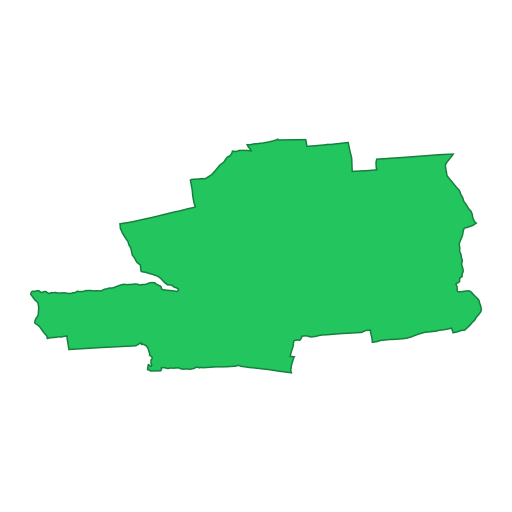 Tanasoaia, Vrancea, Romania
{"feature_id": "2599482B41706527449464", "entity_name": "Tanasoaia", "entity_type": "district", "adm_level": 2, "iso_a3": "ROU", "parent_name": "Romania", "parent_adm1": "Vrancea", "projection": "equal_earth", "projection_center": [27.348, 46.108], "detail": "fine", "context": "isolated", "style": "filled", "palette": "green", "viewbox_px": 512, "rotation_deg": 0, "n_neighbors": 0, "source": "geoboundaries", "source_scale": "gbopen_adm2", "svg_char_len": 6044}
<svg xmlns="http://www.w3.org/2000/svg" viewBox="0 0 512 512"><path d="M464.3,330.3L465.2,329.7L469.9,325.3L472.4,322.3L474.1,320.8L475.4,319.1L476.1,317.5L478.0,315.4L480.6,312.1L481.0,311.0L481.3,309.8L481.3,309.0L481.0,307.6L480.8,307.0L480.6,305.5L479.6,303.1L479.3,301.2L478.7,300.0L477.8,298.9L473.8,294.9L471.2,292.1L470.7,291.6L469.5,291.0L467.6,290.8L461.6,291.7L458.5,291.8L457.9,291.6L457.5,291.4L457.3,290.9L457.0,286.5L456.0,284.4L456.0,284.1L456.5,283.5L458.5,282.5L459.5,281.7L459.7,280.8L459.6,279.9L460.0,277.7L461.3,277.1L462.1,276.5L462.1,274.6L462.4,273.4L463.1,271.7L463.2,270.5L462.8,268.3L461.9,265.5L461.6,264.1L461.7,263.2L462.1,262.2L462.3,261.2L462.2,259.7L461.5,258.1L461.2,256.4L461.0,254.6L460.3,252.9L459.8,251.9L459.6,251.2L459.8,247.9L459.2,244.4L459.3,243.7L459.4,243.1L459.9,241.8L462.3,235.9L462.9,233.4L463.1,231.6L464.1,228.4L464.4,228.1L467.6,227.3L472.1,225.7L474.1,224.7L475.6,223.5L476.2,223.1L475.6,222.8L474.9,221.9L474.1,220.8L473.0,218.3L472.6,217.0L472.3,214.6L471.9,213.4L470.9,211.1L469.1,209.2L468.1,207.8L466.2,204.6L463.8,201.4L463.4,200.2L462.6,197.4L461.8,196.0L460.9,194.7L459.9,191.6L459.2,190.2L456.2,187.0L453.1,183.2L447.3,176.1L447.0,175.5L446.8,174.8L446.5,172.3L446.1,170.7L445.5,166.7L445.4,165.7L445.5,164.7L445.8,164.1L447.0,162.1L451.4,156.6L453.2,154.1L440.5,154.6L405.0,157.3L376.7,159.2L376.0,162.3L376.3,168.1L376.9,169.8L368.0,170.6L352.2,171.4L351.7,158.2L349.7,150.0L348.2,142.5L330.5,144.5L327.2,144.4L326.3,144.7L323.8,145.0L306.9,146.4L305.9,140.2L305.6,139.6L278.2,140.0L277.8,139.2L277.1,139.6L273.0,141.0L270.9,141.4L268.3,142.1L267.0,142.3L264.3,142.7L263.0,143.2L260.7,143.2L257.5,143.7L254.9,143.8L252.3,144.2L250.7,144.7L247.2,144.7L247.8,145.8L248.0,146.5L249.9,148.8L251.1,150.8L246.8,150.4L240.3,150.4L239.8,150.3L237.9,151.0L235.7,151.5L234.6,151.5L233.4,151.1L232.4,151.2L232.0,152.8L231.3,154.1L230.0,155.9L229.4,156.2L228.6,156.3L228.1,156.5L226.8,157.7L225.3,159.7L224.9,160.7L224.0,161.8L223.1,162.7L219.8,165.1L216.1,169.7L212.2,174.1L211.2,175.0L207.6,177.2L206.3,178.2L205.2,178.7L201.4,178.6L197.9,179.1L191.8,179.4L191.4,179.5L190.4,180.1L191.6,186.7L192.1,189.1L192.8,196.3L193.4,199.7L194.2,203.6L194.8,205.2L195.1,205.6L195.5,206.6L195.3,206.9L192.7,207.7L187.7,208.8L177.9,211.4L176.7,211.4L151.9,217.5L143.9,219.2L133.8,221.5L127.5,222.7L124.7,223.0L119.9,223.9L120.1,224.7L120.3,228.0L120.6,229.1L121.3,230.3L121.9,232.0L123.6,235.1L126.2,239.1L127.2,240.5L127.6,241.0L128.0,241.7L129.1,245.4L129.5,245.8L130.1,246.7L131.0,248.9L132.3,255.0L134.9,258.5L135.5,259.9L136.7,262.0L137.3,262.7L140.2,264.9L140.4,265.2L140.9,270.4L141.0,271.0L141.2,271.3L142.1,271.8L145.4,272.2L149.7,273.7L150.7,273.8L152.2,274.2L155.9,275.6L156.9,275.9L158.5,276.7L160.7,278.4L164.8,282.7L167.3,284.7L167.7,284.9L168.3,284.9L170.7,284.9L171.6,285.2L172.5,285.6L173.1,286.4L174.3,287.1L177.5,288.3L178.5,289.4L178.6,289.7L177.6,291.1L177.2,291.5L173.6,290.9L163.8,289.9L162.1,289.4L161.7,289.0L161.3,288.0L161.0,286.5L160.4,286.1L156.6,284.3L155.5,283.5L154.9,282.8L152.0,282.6L151.0,282.6L149.2,283.0L145.5,284.4L141.9,284.6L140.3,285.0L139.5,285.0L138.1,284.3L135.3,284.0L134.3,284.0L131.4,284.5L130.0,284.4L126.9,284.7L124.4,284.3L123.5,284.3L119.7,285.3L113.8,287.6L112.2,288.0L108.7,288.1L107.1,288.9L104.9,289.1L103.1,289.8L102.0,290.5L101.8,290.8L100.2,290.9L97.4,290.7L94.3,290.9L90.4,290.5L85.9,290.6L85.3,290.7L83.6,291.4L82.7,291.5L79.3,291.6L77.7,291.2L76.8,291.5L75.5,292.4L74.0,292.8L72.8,292.7L71.7,293.3L71.2,293.4L69.1,293.5L64.1,292.8L58.3,293.1L56.3,292.7L55.1,292.4L53.6,292.8L52.2,292.6L50.6,292.8L50.0,293.3L49.3,293.6L47.3,292.6L45.7,291.5L44.3,291.6L43.0,292.0L41.7,292.6L41.0,292.3L39.7,291.5L39.0,290.8L38.1,290.6L37.3,290.8L36.0,290.9L34.6,291.5L33.1,291.2L32.1,291.5L31.4,292.1L30.7,294.3L35.3,300.4L37.3,302.0L37.9,302.7L38.7,307.2L38.7,307.9L38.4,311.9L38.4,313.1L38.3,314.1L37.6,316.3L35.9,318.6L35.5,319.4L35.0,320.8L34.8,322.3L34.8,322.8L35.0,323.2L36.0,324.0L37.3,324.7L38.5,325.6L40.1,327.3L41.9,330.1L44.7,333.7L46.6,335.6L47.0,336.5L47.2,338.2L47.3,338.5L49.8,337.8L55.1,337.4L59.0,336.8L61.2,337.1L63.1,336.5L67.1,336.0L67.0,337.3L67.1,338.4L69.0,349.6L70.8,349.4L100.1,347.6L135.5,345.8L137.1,345.1L139.2,343.7L140.9,342.9L141.3,344.2L141.7,344.5L142.1,344.5L142.5,344.1L143.0,344.2L143.7,344.4L144.2,344.9L145.0,345.0L146.2,345.7L146.5,346.6L146.9,346.7L147.4,347.1L148.2,348.9L149.6,353.6L149.6,355.2L150.1,355.7L151.3,356.3L151.9,357.0L152.1,357.4L152.1,358.1L151.8,359.1L151.6,359.5L151.1,359.9L151.0,360.8L151.0,363.3L151.2,364.0L151.7,364.8L151.6,365.5L151.1,366.3L150.6,366.3L150.2,366.2L149.4,365.1L148.5,364.6L148.2,365.0L147.8,368.0L147.6,369.7L148.6,369.8L149.2,370.1L150.3,370.8L150.5,371.0L160.7,370.8L160.9,370.6L161.3,369.8L161.6,369.0L161.2,368.1L161.3,367.9L162.0,367.6L165.5,367.8L166.0,368.2L167.7,368.5L168.7,368.4L170.8,368.0L174.5,368.2L176.0,367.8L176.9,368.0L178.7,367.8L180.7,368.8L182.7,369.2L187.4,368.9L188.2,369.2L189.2,369.2L191.4,369.1L191.9,368.9L194.7,368.3L194.8,368.1L195.0,367.7L197.3,367.0L199.1,367.9L199.5,367.5L203.4,367.7L215.3,366.9L225.9,366.8L235.3,366.2L237.2,365.8L237.7,365.4L238.0,365.4L239.7,365.7L240.6,366.2L249.4,367.5L253.0,367.8L268.9,369.6L278.5,371.1L291.4,372.8L290.8,370.5L290.7,369.5L291.1,368.5L291.1,367.3L291.8,363.9L293.8,357.6L294.3,356.8L291.7,356.5L290.1,356.5L291.3,351.7L292.6,347.9L293.2,345.7L293.4,344.3L293.4,343.3L293.8,341.4L294.1,340.8L294.6,340.4L295.9,340.3L297.3,339.9L299.7,340.3L301.1,338.5L301.9,336.8L302.0,336.2L306.2,335.8L311.1,337.0L316.1,336.3L319.4,335.4L323.2,334.9L326.5,334.8L339.6,333.7L362.0,332.4L362.8,331.7L364.7,331.1L365.4,330.6L366.4,330.4L370.5,330.1L370.4,331.4L370.5,332.0L371.7,337.1L372.1,339.4L372.3,342.3L377.0,341.6L380.3,340.5L390.5,339.4L391.4,339.5L393.5,339.4L402.1,338.8L406.7,338.2L411.8,336.7L415.0,335.4L418.3,334.2L424.8,332.3L436.5,331.1L438.5,330.4L441.8,330.0L445.3,329.5L447.6,329.1L451.6,328.1L453.1,332.8L457.4,331.8L462.2,330.2L464.3,330.3Z" fill="#22c55e" stroke="#15803d" stroke-width="1.5"/></svg>